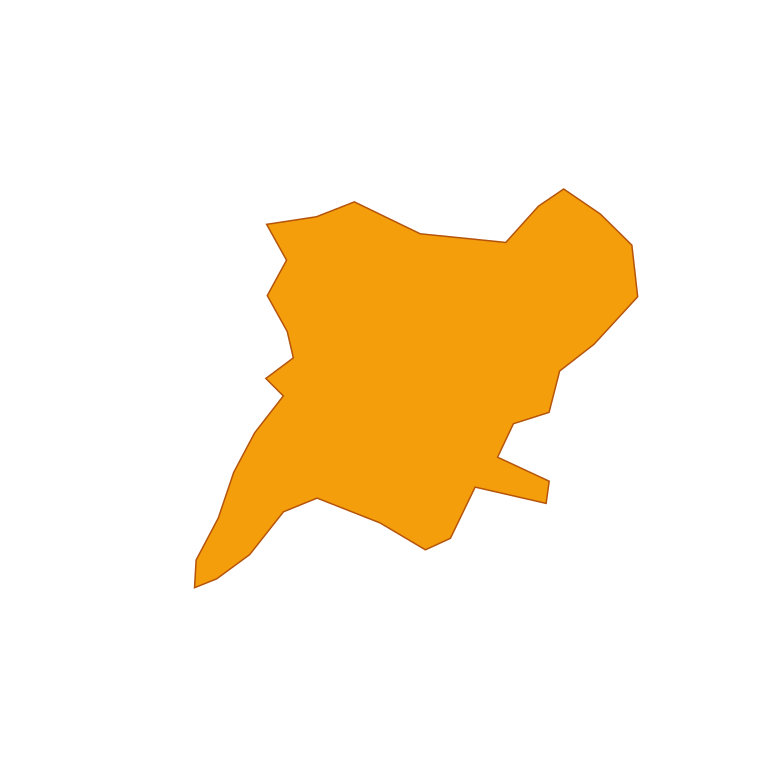 SVG path tracing the border of Dushanbe, rotated 228°
{"feature_id": "TJK-5491", "entity_name": "Dushanbe", "entity_type": "Independent City", "adm_level": 1, "iso_a3": "TJK", "parent_name": "Tajikistan", "parent_adm1": "", "projection": "orthographic", "projection_center": [68.769, 38.564], "detail": "fine", "context": "isolated", "style": "filled", "palette": "amber", "viewbox_px": 768, "rotation_deg": 228, "n_neighbors": 0, "source": "natural_earth", "source_scale": "10m", "svg_char_len": 615}
<svg xmlns="http://www.w3.org/2000/svg" viewBox="0 0 768 768"><g transform="rotate(228 384 384)"><path d="M359.4,106.9L378.9,126.6L395.3,171.2L418.9,213.2L434.3,255.3L442.5,301.2L467.2,299.9L464.1,334.1L487.7,347.2L527.8,356.4L541.2,394.4L581.2,403.6L553.5,445.7L539.2,483.8L471.4,511.4L407.7,569.2L412.8,617.8L408.7,648.0L365.5,658.5L321.3,661.1L279.1,630.9L273.0,566.6L276.1,523.2L252.5,487.7L267.9,453.6L253.6,419.4L201.2,441.7L186.8,424.6L246.4,382.7L224.9,330.1L233.1,303.8L283.4,288.1L344.0,257.9L356.3,223.8L347.1,169.9L351.2,129.2L359.4,106.9Z" fill="#f59e0b" stroke="#b45309" stroke-width="1.5"/></g></svg>